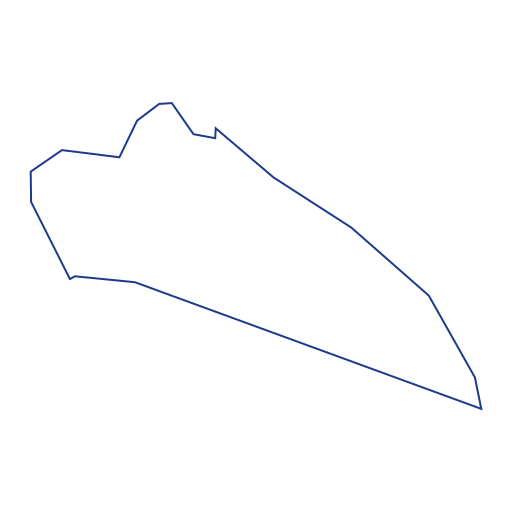 the Unitary Authority of Brighton and Hove
{"feature_id": "GBR-2674", "entity_name": "Brighton and Hove", "entity_type": "Unitary Authority", "adm_level": 1, "iso_a3": "GBR", "parent_name": "United Kingdom", "parent_adm1": "", "projection": "albers", "projection_center": [-0.128, 50.838], "detail": "fine", "context": "isolated", "style": "outline", "palette": "blue", "viewbox_px": 512, "rotation_deg": 0, "n_neighbors": 0, "source": "natural_earth", "source_scale": "10m", "svg_char_len": 350}
<svg xmlns="http://www.w3.org/2000/svg" viewBox="0 0 512 512"><path d="M481.3,408.9L134.8,282.2L75.0,276.3L69.9,279.0L31.1,201.9L30.7,171.6L62.0,150.1L119.4,157.3L137.1,120.6L159.2,103.9L171.8,103.1L193.5,134.2L215.2,138.2L215.7,128.3L273.6,177.5L351.2,227.5L428.8,295.6L474.9,377.4L481.3,408.9Z" fill="none" stroke="#1e3a8a" stroke-width="2"/></svg>